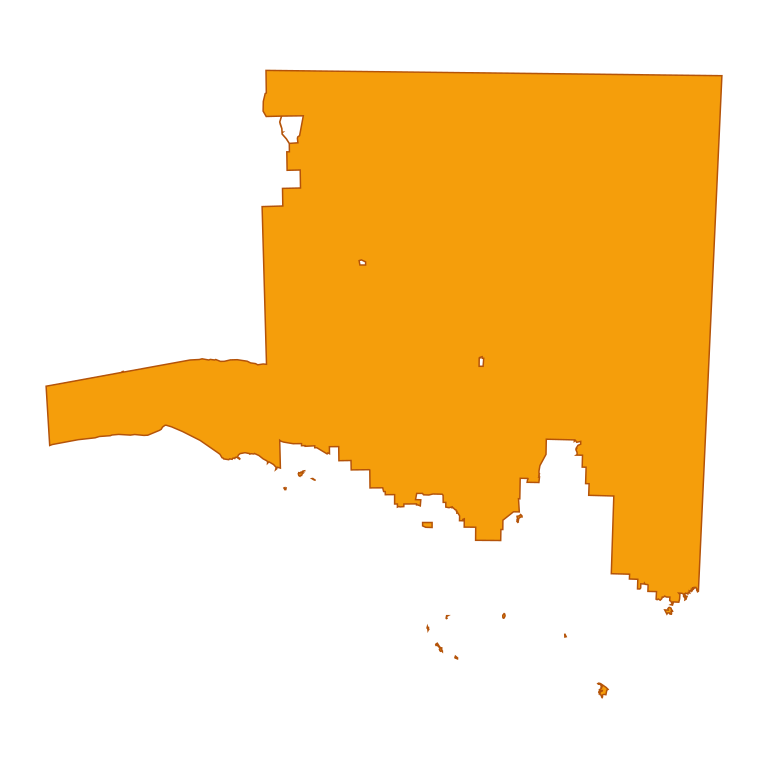 Unincorporated SA, South Australia, Australia (orthographic projection)
{"feature_id": "25037944B19571193858150", "entity_name": "Unincorporated SA", "entity_type": "district", "adm_level": 2, "iso_a3": "AUS", "parent_name": "Australia", "parent_adm1": "South Australia", "projection": "orthographic", "projection_center": [135.729, -30.866], "detail": "fine", "context": "isolated", "style": "filled", "palette": "amber", "viewbox_px": 768, "rotation_deg": 0, "n_neighbors": 0, "source": "geoboundaries", "source_scale": "gbopen_adm2", "svg_char_len": 6138}
<svg xmlns="http://www.w3.org/2000/svg" viewBox="0 0 768 768"><path d="M698.4,591.3L721.9,75.7L266.0,70.4L266.3,93.0L265.2,93.5L263.3,101.4L263.1,111.1L266.2,116.5L281.5,116.1L279.7,122.0L280.3,124.5L281.8,128.6L282.1,134.1L286.3,138.9L289.3,143.6L289.4,151.8L286.8,151.8L287.1,170.3L300.2,170.0L300.5,188.0L282.5,188.4L282.8,206.0L262.1,206.6L266.5,364.3L263.2,364.0L257.7,364.8L255.5,363.6L250.6,362.9L247.2,361.2L237.2,359.7L230.3,359.9L224.4,361.3L220.5,361.4L215.7,359.5L214.6,360.0L210.3,359.4L208.8,360.0L202.1,358.8L199.4,359.5L190.0,360.0L123.5,372.1L123.4,371.4L122.2,371.6L122.3,372.3L46.1,386.2L49.7,445.5L52.4,444.5L78.1,439.7L95.2,437.8L99.3,436.5L110.3,435.7L112.0,435.0L118.7,434.4L130.4,435.1L134.7,434.5L143.9,435.4L147.8,435.2L159.6,430.3L161.3,429.2L162.5,427.1L165.0,425.3L166.1,425.2L171.5,426.8L182.5,431.5L200.1,440.4L217.7,452.6L220.0,454.3L222.0,457.7L223.0,458.0L223.6,458.9L228.8,459.7L229.5,458.9L232.2,459.3L232.7,458.3L234.7,458.0L234.9,458.3L235.4,457.4L236.6,457.2L239.6,459.2L239.9,458.8L239.0,457.8L238.0,457.7L237.7,456.8L238.4,455.0L240.1,453.6L245.0,452.7L249.6,453.6L249.8,454.1L251.3,453.7L253.9,454.0L254.5,453.5L258.9,455.5L263.2,458.9L266.6,460.7L267.6,461.7L267.5,463.3L268.9,461.8L273.5,464.5L276.2,467.5L275.6,469.7L276.8,468.7L276.5,468.0L277.2,467.2L280.4,468.1L279.7,440.2L281.2,441.3L283.7,442.1L293.1,443.7L301.5,443.6L301.5,445.7L305.1,445.6L305.1,446.3L314.7,445.8L314.7,447.7L316.8,447.7L327.1,453.9L327.9,452.9L329.5,453.7L329.4,446.7L338.7,446.6L338.9,460.7L351.0,460.5L351.2,469.9L369.2,469.7L369.8,470.0L370.0,487.9L382.7,487.8L383.6,491.5L385.2,491.6L385.3,494.7L394.6,494.6L394.6,504.0L397.4,504.0L397.4,507.1L398.9,506.5L400.0,506.9L403.8,506.6L403.9,504.0L416.5,503.9L416.5,504.9L417.8,504.9L420.3,505.9L420.8,499.8L415.5,499.6L416.7,493.4L422.5,493.4L423.5,494.8L428.9,495.0L432.9,494.0L442.2,494.2L443.1,495.3L443.2,502.4L445.8,502.4L445.8,507.1L449.0,507.7L452.1,506.9L452.0,507.8L453.2,507.8L455.0,509.6L455.8,509.7L456.5,511.4L457.0,511.4L456.8,513.1L457.9,513.1L459.6,515.9L459.5,520.7L463.6,520.8L462.8,519.4L464.3,518.8L464.2,527.1L475.7,527.2L475.6,540.3L500.7,540.5L500.9,529.5L502.8,529.5L502.9,520.2L513.5,511.8L519.3,511.9L518.5,498.7L519.8,498.8L520.2,478.3L527.8,478.4L528.1,478.9L527.5,479.9L527.1,482.3L538.9,482.5L539.5,477.0L538.7,477.1L539.2,475.5L538.8,475.1L539.5,473.8L539.0,473.2L539.0,471.0L539.9,465.6L546.0,454.4L546.3,439.2L574.3,439.9L574.3,441.3L575.4,440.3L576.7,442.3L580.7,441.4L580.7,444.2L578.0,445.3L576.1,448.3L576.7,448.7L575.9,449.7L577.0,452.2L577.2,454.5L576.3,455.1L582.5,455.2L582.2,467.1L586.1,467.2L585.6,483.6L589.1,483.7L588.7,495.3L613.8,496.0L611.3,573.7L629.6,574.2L629.4,579.0L637.8,579.3L637.5,588.9L639.8,589.0L640.7,587.9L640.8,583.8L644.2,584.0L644.4,583.2L645.1,584.3L647.6,584.6L648.1,585.1L647.9,591.4L656.5,591.6L656.1,599.2L657.1,599.7L658.2,599.0L660.2,600.2L661.8,598.7L662.2,597.1L663.6,597.1L664.7,596.1L666.3,597.0L669.9,597.1L669.7,600.6L670.7,601.1L672.3,603.8L670.6,604.7L672.5,605.1L673.2,602.9L672.9,602.9L672.9,601.9L678.8,602.2L679.6,599.0L679.9,594.5L678.7,593.1L682.1,593.3L683.2,594.0L683.7,594.9L683.5,596.1L685.1,598.5L684.9,599.9L686.1,599.2L686.3,598.4L685.8,598.2L686.3,597.3L685.8,596.7L686.9,596.9L687.1,596.4L685.1,596.3L685.6,595.7L684.5,593.8L685.7,593.1L687.9,594.0L688.2,592.6L689.3,592.9L688.8,592.2L689.8,591.9L689.5,591.1L689.9,591.3L690.7,590.4L691.2,591.0L691.3,590.5L692.0,590.9L692.3,590.3L691.9,589.3L692.7,589.7L693.5,589.2L693.8,588.4L692.9,588.5L692.7,587.8L694.3,588.0L694.2,587.4L696.0,587.4L696.2,588.4L696.8,588.8L696.7,589.6L697.3,589.8L697.0,590.4L697.6,590.5L697.2,590.9L697.5,591.8L698.4,591.3ZM289.3,143.4L286.4,138.8L282.2,134.0L282.1,132.8L282.7,132.3L282.1,132.4L281.9,128.6L279.8,122.0L281.6,116.1L303.3,115.8L299.6,135.6L297.7,137.0L297.4,138.4L297.9,142.8L289.3,143.4ZM483.7,358.3L483.1,366.3L479.1,366.3L479.2,358.2L479.8,358.2L479.7,357.5L482.1,356.7L482.2,358.3L483.7,358.3ZM361.4,259.9L365.6,261.9L365.6,265.0L359.9,265.0L359.1,260.6L361.4,259.9ZM597.8,683.6L598.4,684.2L600.3,684.4L601.3,685.9L602.2,685.8L601.0,687.0L601.0,688.0L601.7,687.5L601.3,688.5L599.4,689.7L599.8,690.6L602.3,690.5L602.1,691.1L599.4,692.2L598.9,691.8L598.8,692.3L599.7,692.6L599.3,693.6L600.0,693.5L599.8,694.2L600.4,694.9L601.6,695.3L601.5,695.8L601.9,696.0L601.5,696.8L602.1,697.6L602.6,696.8L601.9,695.3L604.0,694.4L605.9,694.7L606.8,690.2L608.1,689.4L606.1,687.4L600.6,683.6L598.8,683.1L597.8,683.6ZM422.6,522.5L422.6,525.9L425.7,527.3L432.1,527.5L432.1,522.5L422.6,522.5ZM664.7,609.9L666.9,614.1L667.6,613.0L669.0,612.8L669.9,613.3L669.6,613.6L670.0,614.1L671.4,614.2L671.6,613.2L671.1,611.7L672.6,611.3L672.2,610.3L671.5,610.3L671.1,608.2L669.6,607.4L668.9,607.5L667.9,608.6L668.3,610.1L664.7,609.9ZM517.8,522.4L518.2,522.1L517.6,521.1L518.3,521.1L518.5,519.9L518.2,520.2L518.1,519.7L519.0,518.2L520.7,517.0L522.1,516.9L521.9,515.7L520.6,514.5L519.4,515.8L517.0,516.3L517.5,518.7L516.9,520.0L517.2,520.9L516.9,521.4L517.8,522.4ZM437.5,645.5L440.0,648.1L440.1,648.9L439.4,649.3L439.9,650.6L440.5,651.3L441.6,650.9L442.4,651.7L442.4,650.9L441.8,650.4L441.7,647.8L440.9,647.9L439.6,646.8L437.3,643.2L436.0,644.0L435.8,644.5L436.4,644.7L436.1,645.4L437.5,645.5ZM298.3,473.7L298.8,475.6L300.0,476.3L300.5,475.4L301.6,475.5L302.2,473.9L303.1,473.1L302.3,473.1L302.3,472.2L303.9,470.9L305.5,470.6L302.8,471.1L300.5,473.0L300.2,473.0L300.2,472.7L301.1,471.9L299.7,472.9L298.8,472.7L298.9,473.3L298.3,473.7ZM504.1,613.6L502.8,615.2L502.7,616.0L502.9,617.7L503.4,618.2L504.2,617.9L505.1,615.9L504.7,614.0L504.1,613.6ZM455.4,657.0L454.9,657.2L455.0,657.9L457.5,658.9L457.6,657.9L455.5,656.2L455.4,657.0ZM427.7,628.4L428.0,630.4L428.4,629.5L429.2,629.8L428.5,629.0L428.5,627.4L427.6,627.2L427.4,626.5L427.0,628.0L427.7,628.4ZM564.7,633.7L564.9,637.0L566.2,636.7L564.7,633.7ZM284.9,489.7L285.8,489.6L286.1,488.1L285.1,488.4L284.9,487.6L283.9,488.0L284.9,489.7ZM311.9,478.6L313.6,479.7L315.6,480.4L312.9,478.6L313.3,478.4L311.9,478.6ZM446.5,617.9L447.0,616.2L447.9,615.7L446.6,615.7L446.1,618.2L446.4,618.6L446.9,618.4L446.5,617.9Z" fill="#f59e0b" stroke="#b45309" stroke-width="1.5"/></svg>